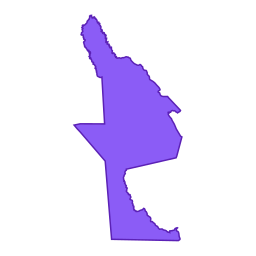 outline of Vila Bela da Santíssima Trindade, Mato Grosso, Brazil
{"feature_id": "56859067B83705117526792", "entity_name": "Vila Bela da Santíssima Trindade", "entity_type": "district", "adm_level": 2, "iso_a3": "BRA", "parent_name": "Brazil", "parent_adm1": "Mato Grosso", "projection": "mercator", "projection_center": [-59.993, -15.135], "detail": "fine", "context": "isolated", "style": "filled", "palette": "violet", "viewbox_px": 256, "rotation_deg": 0, "n_neighbors": 0, "source": "geoboundaries", "source_scale": "gbopen_adm2", "svg_char_len": 5644}
<svg xmlns="http://www.w3.org/2000/svg" viewBox="0 0 256 256"><path d="M91.5,15.4L91.2,15.5L90.4,15.5L90.3,15.9L90.0,15.8L89.6,16.1L89.7,17.2L89.6,17.9L89.2,18.4L89.2,19.2L88.3,19.9L87.8,20.8L87.4,20.9L87.1,21.5L87.1,22.2L86.8,22.9L85.9,23.9L85.6,24.0L85.2,24.6L83.9,25.4L83.5,25.5L83.1,25.0L82.5,25.3L82.3,25.7L82.3,26.1L82.9,26.8L82.7,27.1L81.9,27.6L82.6,28.6L82.9,28.8L82.7,29.0L82.2,29.2L82.1,29.6L82.8,31.1L82.6,31.9L81.8,32.4L81.4,33.1L81.5,33.7L81.1,34.7L81.7,35.1L83.0,35.0L83.0,35.7L83.4,36.3L83.2,37.2L83.9,38.1L83.6,38.8L83.8,39.2L85.1,39.8L85.1,40.7L84.0,41.5L83.6,42.2L84.0,42.9L83.9,43.7L84.4,44.8L84.5,46.0L84.9,46.2L84.8,46.9L86.0,47.7L86.1,48.3L87.4,49.8L87.3,50.2L87.7,50.8L88.0,50.8L88.1,50.3L88.5,50.5L88.4,50.9L88.5,51.3L88.8,51.4L89.0,51.0L89.2,51.4L88.8,51.9L89.0,52.3L89.3,52.0L89.6,52.1L90.2,51.9L90.4,52.2L90.2,52.4L90.3,52.8L90.1,53.2L90.4,53.4L90.1,54.2L89.9,54.1L89.8,53.7L89.4,54.0L89.5,54.3L89.8,54.4L89.5,55.4L89.6,55.7L89.9,55.8L89.7,56.4L89.2,56.7L89.6,57.0L89.9,57.7L90.1,57.4L90.4,57.6L90.0,58.0L90.3,58.2L89.9,58.6L90.3,58.9L90.6,58.8L91.0,58.9L91.4,59.5L91.7,60.8L91.9,60.9L91.9,61.7L92.4,62.1L93.4,62.3L93.6,63.0L93.5,63.8L93.1,63.7L93.0,64.0L94.7,64.9L94.9,65.7L95.7,66.3L95.4,67.2L95.3,67.6L95.9,68.1L95.3,68.5L95.9,69.0L96.1,69.4L96.0,69.7L96.3,70.8L96.6,70.9L96.7,71.3L96.4,71.6L96.4,72.0L96.9,73.1L96.9,74.3L97.3,75.9L97.8,76.4L100.1,77.5L101.2,77.4L101.9,77.1L104.6,123.9L80.2,123.8L74.1,125.1L77.2,128.8L80.3,132.1L105.2,161.1L111.6,239.3L178.4,240.6L179.9,239.5L180.0,238.6L179.2,236.5L178.8,233.4L178.4,232.1L177.9,231.5L176.7,230.9L176.3,230.3L176.6,228.7L177.5,227.9L177.2,227.7L176.9,227.8L175.3,228.4L174.7,229.1L174.4,229.9L174.0,230.2L172.4,230.5L172.0,230.8L171.2,230.7L170.4,230.9L169.9,230.8L169.6,231.3L169.7,231.7L169.4,231.9L169.6,232.5L168.6,232.2L168.3,232.3L167.9,232.2L167.4,231.7L167.0,231.6L166.3,230.8L165.5,230.4L163.4,229.9L163.0,229.7L162.5,229.1L161.4,229.0L159.5,229.2L158.4,228.1L158.0,227.2L157.4,226.3L156.5,226.0L155.3,225.1L155.0,224.0L154.5,223.4L153.3,222.7L152.4,221.6L151.6,221.5L151.0,221.7L150.7,221.4L150.5,220.9L150.8,218.8L150.4,217.5L150.1,217.2L149.0,216.5L148.5,216.0L147.9,215.8L147.5,215.2L147.2,215.1L147.1,214.8L147.1,213.5L146.3,211.8L145.2,210.9L145.1,210.1L144.6,208.9L144.3,208.6L143.6,208.4L142.7,209.5L142.4,209.7L140.1,210.4L139.6,210.8L138.1,211.4L136.2,211.5L136.0,210.9L135.3,210.9L135.0,210.6L134.6,209.9L134.3,209.7L134.0,209.9L133.8,209.5L133.9,208.8L133.5,208.0L133.6,207.6L133.9,207.3L133.8,206.2L133.3,205.8L133.0,205.8L132.9,205.5L133.0,204.1L132.6,203.8L132.2,203.2L132.5,201.8L132.4,201.0L132.2,200.4L130.2,199.5L130.0,199.2L130.2,198.3L130.5,198.0L130.8,197.3L130.8,196.9L130.0,195.2L130.1,194.8L129.7,194.5L128.9,194.7L128.6,194.4L128.3,194.1L128.4,193.6L127.9,193.2L127.8,192.8L127.2,192.4L126.6,191.7L126.5,191.2L126.3,191.0L126.8,190.2L126.8,188.9L127.2,188.2L126.8,187.6L126.2,187.5L125.9,187.2L126.3,185.7L125.6,185.2L125.6,184.8L125.4,184.1L124.7,183.5L125.0,182.5L124.7,181.6L123.9,181.4L123.8,181.1L124.2,180.4L123.6,179.8L123.7,179.1L123.4,177.8L123.6,176.9L124.0,176.3L124.1,175.2L124.4,175.0L124.8,174.2L125.3,173.7L125.0,172.8L124.9,172.1L125.4,170.9L125.7,170.6L126.2,170.4L126.4,170.1L126.3,169.2L176.1,157.8L176.8,156.0L181.9,136.9L180.6,136.2L176.3,129.0L174.3,124.2L172.0,120.2L171.5,118.8L169.4,116.4L168.5,115.0L168.2,114.0L168.4,113.2L168.1,112.4L168.2,112.2L168.5,112.2L169.2,112.8L169.3,112.5L169.7,112.1L170.5,112.3L170.8,112.0L171.1,111.2L171.4,110.8L172.7,110.5L173.4,110.9L174.5,110.7L175.4,111.3L175.6,111.7L176.8,112.3L177.6,112.9L177.9,112.6L180.0,111.4L180.5,110.4L168.7,97.9L167.6,96.5L163.2,96.5L161.8,96.2L160.9,95.7L160.1,94.6L159.7,93.0L159.5,92.8L158.6,92.5L158.2,92.1L158.1,91.8L158.4,91.0L159.6,90.4L160.0,89.8L160.0,89.4L159.4,88.2L158.7,87.2L156.7,85.1L154.7,82.8L152.8,81.3L149.9,79.6L149.6,79.2L149.4,77.1L149.1,76.2L147.4,74.5L147.2,74.0L147.3,73.0L146.5,70.9L146.0,70.4L144.5,70.3L143.8,69.8L142.9,68.6L142.6,66.8L141.8,66.3L141.4,65.5L140.4,64.6L139.9,64.5L138.8,65.2L138.1,65.3L137.3,65.1L134.4,63.7L133.4,62.9L131.3,60.7L130.8,59.9L130.3,58.3L130.0,58.1L129.0,57.8L128.4,57.2L127.8,57.0L127.4,57.2L126.6,56.8L125.9,56.8L124.7,57.4L123.4,57.8L123.1,57.6L122.5,57.7L121.2,58.1L121.0,58.4L119.3,57.8L117.1,58.2L117.0,57.8L116.3,57.4L115.7,57.4L115.7,56.7L116.1,56.4L115.8,56.2L115.2,56.2L114.9,55.9L114.9,55.1L115.3,54.5L115.1,54.3L114.4,54.0L113.9,53.0L113.6,52.9L112.8,53.5L112.1,53.2L112.2,52.6L112.0,52.2L112.4,51.2L112.4,50.7L111.7,50.0L111.5,49.4L111.4,47.2L111.0,47.1L110.5,47.8L109.9,47.7L109.8,47.0L109.4,46.8L109.3,46.5L109.7,45.9L109.6,45.6L109.2,45.6L108.9,45.4L108.8,45.0L109.1,44.7L109.1,44.3L108.5,44.1L107.6,44.2L107.1,43.9L107.4,43.5L107.2,43.2L107.3,42.8L107.6,42.6L107.8,41.9L107.5,42.0L107.0,42.4L106.5,42.1L105.9,42.3L105.8,42.0L105.9,41.6L106.4,41.2L105.9,40.1L106.4,39.7L106.5,39.0L106.6,38.5L106.6,38.2L106.1,38.2L106.2,38.5L105.8,38.6L105.4,38.4L105.4,38.0L105.9,37.9L105.5,37.3L105.4,36.8L105.7,36.5L106.0,35.7L105.7,35.6L105.3,35.8L105.1,35.1L105.5,34.7L105.2,34.5L104.7,34.6L104.3,34.4L104.2,33.9L104.4,33.3L104.3,32.9L104.1,32.7L103.4,32.7L102.7,33.1L102.6,32.7L102.9,32.3L102.7,32.0L102.0,31.9L101.7,31.6L101.2,31.5L101.1,31.2L102.2,30.5L101.9,29.6L101.4,29.5L100.7,28.9L100.6,28.6L101.0,26.9L100.4,26.5L100.3,25.9L100.4,25.6L99.1,24.4L99.2,24.2L99.5,24.1L99.8,23.6L99.6,23.3L98.1,22.9L98.4,22.6L98.5,22.2L98.0,22.2L97.7,22.6L97.1,21.7L97.0,20.5L96.6,19.7L96.4,19.4L95.6,19.1L95.5,18.8L95.7,18.5L95.5,18.2L94.8,18.2L94.5,17.1L93.6,17.8L93.4,17.6L93.3,17.2L92.5,17.5L92.2,17.9L91.5,16.4L91.5,15.4Z" fill="#8b5cf6" stroke="#5b21b6" stroke-width="1.5"/></svg>